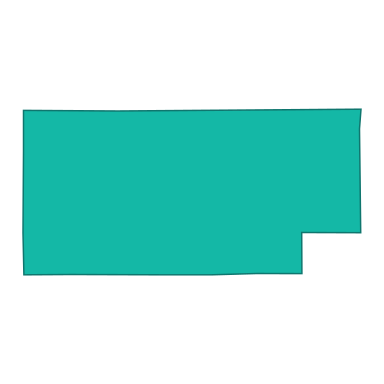 Taylor, Wisconsin, United States of America
{"feature_id": "52423323B25022971195144", "entity_name": "Taylor", "entity_type": "district", "adm_level": 2, "iso_a3": "USA", "parent_name": "United States of America", "parent_adm1": "Wisconsin", "projection": "robinson", "projection_center": [-90.47, 45.206], "detail": "fine", "context": "isolated", "style": "filled", "palette": "teal", "viewbox_px": 384, "rotation_deg": 0, "n_neighbors": 0, "source": "geoboundaries", "source_scale": "gbopen_adm2", "svg_char_len": 307}
<svg xmlns="http://www.w3.org/2000/svg" viewBox="0 0 384 384"><path d="M360.7,232.7L359.5,128.8L361.0,109.2L117.8,111.0L23.5,110.4L23.5,151.6L23.0,232.8L23.9,274.8L71.1,274.5L164.2,274.8L211.5,274.8L256.9,273.5L301.9,273.6L301.7,232.5L360.7,232.7Z" fill="#14b8a6" stroke="#0f766e" stroke-width="1.5"/></svg>